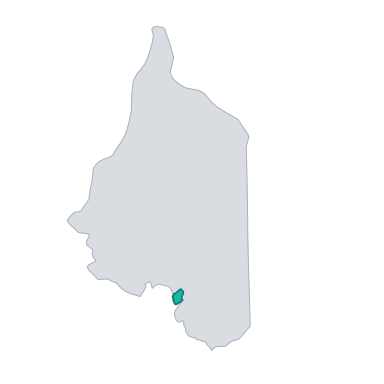 location of Yabroud, Rif Dimashq, Syria, rotated 302°
{"feature_id": "27442178B56496530106269", "entity_name": "Yabroud", "entity_type": "district", "adm_level": 2, "iso_a3": "SYR", "parent_name": "Syria", "parent_adm1": "Rif Dimashq", "projection": "orthographic", "projection_center": [36.379, 33.94], "detail": "fine", "context": "in_parent", "style": "filled", "palette": "teal", "viewbox_px": 384, "rotation_deg": 302, "n_neighbors": 0, "source": "geoboundaries", "source_scale": "gbopen_adm2", "svg_char_len": 3307}
<svg xmlns="http://www.w3.org/2000/svg" viewBox="0 0 384 384"><g transform="rotate(302 192 192)"><path d="M73.0,142.8L75.9,143.1L81.9,146.8L82.9,146.7L84.8,141.8L86.6,140.2L90.4,138.7L91.4,130.8L93.2,129.3L95.3,128.5L98.5,128.3L101.4,127.8L101.5,126.4L97.6,117.3L97.9,115.0L99.8,105.8L101.0,102.2L102.1,101.1L106.6,101.5L112.8,103.1L114.5,105.7L117.6,108.0L122.1,107.9L127.4,108.3L131.6,108.4L134.8,106.7L142.2,103.5L145.9,102.4L149.2,101.0L159.9,95.8L164.2,96.1L167.1,96.7L169.4,97.5L174.6,100.8L178.8,104.2L181.8,105.2L187.1,105.0L194.7,105.4L204.1,105.1L209.5,104.0L216.4,102.1L228.7,97.5L244.7,88.3L254.1,83.8L258.2,83.1L263.5,82.8L269.0,83.7L275.1,84.1L277.9,83.9L284.4,82.8L292.9,80.6L298.2,78.9L304.5,76.2L308.3,72.1L309.6,71.6L311.3,72.2L312.1,72.4L313.9,74.5L316.0,80.1L316.0,80.8L315.8,82.4L311.8,87.3L306.5,94.0L302.6,98.2L296.0,105.4L290.8,107.1L282.2,110.0L279.9,112.4L277.9,116.3L276.9,121.6L276.7,124.9L276.8,131.0L279.1,137.2L281.5,143.2L281.9,147.2L281.9,151.2L280.2,155.5L278.4,161.4L277.5,168.0L277.4,180.3L277.9,190.8L277.8,192.5L274.5,200.1L270.5,208.9L268.6,211.0L259.2,214.0L249.0,220.7L237.6,228.2L227.3,235.0L216.3,242.1L204.9,249.4L196.8,254.7L185.8,261.6L175.8,268.2L165.6,274.9L157.8,280.0L146.0,287.9L139.1,292.6L128.8,299.4L119.8,305.4L109.1,312.4L95.6,310.4L91.3,309.2L87.8,305.8L85.2,304.1L78.9,302.2L74.8,295.9L72.4,293.7L68.1,292.7L69.9,288.7L70.3,286.1L72.1,282.8L71.0,280.7L70.5,276.2L69.7,275.1L69.4,273.9L70.0,272.5L69.8,271.0L69.1,270.4L68.7,268.1L68.2,266.5L68.5,264.4L69.4,263.1L70.4,260.6L71.5,259.9L73.3,258.3L73.8,256.6L75.4,255.0L77.5,253.7L78.0,252.7L77.7,252.1L75.6,250.9L74.4,248.8L75.5,245.7L76.2,244.8L77.5,243.3L80.3,241.0L82.6,240.7L84.5,240.7L87.8,240.9L90.4,241.3L91.0,240.7L90.9,240.0L87.8,238.1L87.6,236.6L88.4,235.1L90.6,232.6L93.3,230.8L94.6,230.4L97.7,226.8L99.6,222.7L96.4,212.7L94.5,211.2L91.5,209.8L89.7,209.6L89.5,208.9L91.9,206.4L93.7,204.2L91.8,202.1L88.4,201.1L87.1,203.3L82.7,203.5L75.9,203.4L73.0,192.9L72.6,188.4L72.7,183.1L74.8,175.4L73.8,171.8L73.8,169.4L73.3,166.1L68.0,159.0L71.0,145.9L73.0,142.8Z" fill="#d9dde1" stroke="#a8b0b8" stroke-width="1"/><path d="M103.0,237.3L103.7,234.5L103.8,233.9L103.5,233.8L102.7,233.3L102.5,233.2L100.2,232.5L97.1,231.4L96.3,230.9L96.2,231.3L96.1,231.9L95.9,230.8L95.7,231.1L95.6,231.3L94.8,231.1L94.5,231.1L94.2,230.8L93.7,230.7L93.4,230.6L93.2,230.9L93.1,231.1L92.9,231.1L92.5,231.2L92.6,231.8L92.2,231.8L91.9,232.2L91.8,232.5L91.7,232.7L91.6,232.8L91.4,232.9L91.2,232.9L91.2,233.0L91.1,233.3L90.9,233.4L90.7,233.4L90.5,233.5L90.4,233.7L90.4,233.8L90.2,234.0L89.7,234.4L89.6,234.5L89.5,234.8L89.4,234.8L89.4,235.0L89.3,235.3L89.2,235.3L89.0,235.5L88.9,235.5L88.7,235.8L88.4,236.3L88.3,236.5L88.2,236.8L88.0,237.0L87.9,237.2L87.9,237.3L87.9,237.5L88.0,237.8L88.3,237.8L88.5,238.0L88.9,238.1L89.0,238.2L89.1,238.3L89.1,238.5L89.2,238.8L89.3,238.9L89.5,239.0L89.9,239.1L90.0,239.1L90.3,239.1L90.7,239.1L90.8,239.1L91.0,239.1L91.1,239.3L91.2,239.5L91.3,239.7L91.4,239.8L91.5,239.9L91.7,240.0L91.8,240.0L92.0,240.2L92.0,240.3L92.0,240.5L93.3,241.0L94.7,241.1L95.5,241.4L95.7,240.5L95.8,240.4L96.0,239.8L96.2,239.4L96.5,239.3L97.1,239.2L97.7,239.0L97.8,239.0L98.1,239.0L98.3,238.9L99.5,238.7L100.5,238.5L101.5,238.5L102.4,237.7L103.0,237.3Z" fill="#14b8a6" stroke="#0f766e" stroke-width="1.5"/></g></svg>